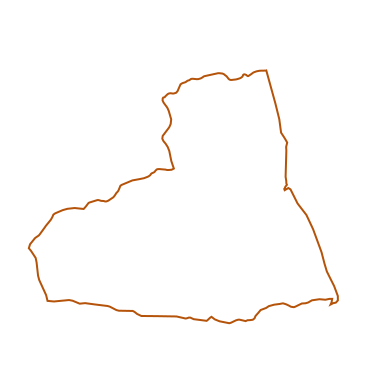 SVG path tracing the border of Zaire, rotated 186°
{"feature_id": "AGO-1882", "entity_name": "Zaire", "entity_type": "Province", "adm_level": 1, "iso_a3": "AGO", "parent_name": "Angola", "parent_adm1": "", "projection": "robinson", "projection_center": [13.603, -6.817], "detail": "fine", "context": "isolated", "style": "outline", "palette": "amber", "viewbox_px": 384, "rotation_deg": 186, "n_neighbors": 0, "source": "natural_earth", "source_scale": "10m", "svg_char_len": 3104}
<svg xmlns="http://www.w3.org/2000/svg" viewBox="0 0 384 384"><g transform="rotate(186 192 192)"><path d="M229.4,63.4L233.9,65.0L236.7,66.8L238.5,67.5L252.3,66.3L254.9,66.7L261.8,69.4L264.1,69.8L276.2,70.0L286.7,70.3L292.0,69.2L299.4,71.4L303.0,71.7L317.8,68.7L324.3,68.6L326.3,74.2L334.8,88.6L336.4,92.9L339.2,105.7L340.6,110.1L346.1,116.8L348.4,119.0L347.6,123.1L343.4,129.6L342.7,130.3L340.0,132.6L339.4,133.3L334.4,141.9L334.1,142.6L329.4,149.8L328.2,152.7L327.5,155.0L325.8,156.5L318.6,160.5L314.0,162.3L307.0,163.8L298.0,163.8L296.3,166.1L293.8,170.2L293.3,170.6L292.7,170.9L285.2,174.1L284.3,174.2L283.5,174.1L281.5,173.7L280.8,173.7L279.4,173.8L278.7,173.8L277.4,173.5L276.8,173.6L276.1,173.7L275.5,174.0L274.4,174.6L269.7,178.5L268.4,180.5L267.7,181.9L267.4,182.6L267.1,183.1L266.0,184.5L265.6,185.2L265.1,186.4L263.9,190.6L262.9,191.6L252.5,197.3L246.0,199.2L241.2,200.7L237.3,202.7L235.8,203.9L235.4,204.3L234.5,205.9L234.1,206.3L232.3,207.3L231.6,207.8L231.1,208.4L230.5,209.5L229.2,210.9L228.3,211.2L226.8,211.4L220.6,211.5L219.4,211.3L218.7,211.3L217.7,211.4L214.6,212.0L212.5,213.4L215.8,220.6L218.9,230.5L220.9,234.3L223.4,237.4L225.6,239.5L227.1,241.9L227.0,244.7L221.4,254.0L220.3,257.5L220.3,262.1L223.6,270.2L225.4,273.3L229.5,277.8L230.8,279.9L230.9,281.4L230.9,282.0L230.5,282.9L229.1,283.4L228.4,284.5L226.5,286.7L225.9,287.2L225.1,287.6L223.7,288.0L221.3,287.9L220.6,288.0L218.2,289.0L216.9,290.8L214.7,297.8L213.8,298.6L212.8,299.3L210.0,300.5L209.5,300.9L209.0,301.4L208.1,302.2L206.4,302.9L205.9,303.3L205.5,303.7L205.1,304.1L204.2,304.5L203.1,304.7L199.1,304.7L197.6,304.9L195.2,305.9L194.2,306.6L193.4,307.2L192.6,308.0L191.7,308.5L178.4,312.9L177.0,313.0L174.2,313.0L172.9,312.6L172.0,312.2L171.6,311.8L170.0,310.9L169.5,310.5L167.4,308.3L166.4,307.7L165.5,307.5L164.2,307.6L159.8,308.6L157.1,309.7L155.7,310.4L154.4,311.5L153.9,312.2L153.6,312.8L153.5,313.3L153.3,313.9L152.8,314.3L152.1,314.5L151.0,314.3L150.3,314.1L149.8,313.7L149.1,313.3L148.6,313.1L148.1,313.2L145.1,315.7L144.4,316.4L143.5,317.2L142.4,317.8L140.3,318.8L137.3,319.7L131.7,320.4L131.0,320.5L130.8,320.6L118.3,288.7L112.8,273.5L109.6,260.3L106.4,256.4L104.7,254.2L102.5,251.1L103.1,246.6L102.5,243.1L100.5,216.9L99.4,212.8L99.1,210.7L98.9,210.0L98.6,209.6L98.4,209.1L98.7,208.5L99.5,207.4L99.8,206.8L100.1,205.4L100.5,205.0L100.5,204.5L100.0,203.5L96.6,206.0L94.3,204.9L85.8,191.6L75.8,181.1L67.7,167.7L56.9,145.7L52.7,134.5L49.6,127.1L46.5,122.2L43.7,117.8L40.8,113.3L36.1,103.8L35.6,99.4L37.4,97.0L40.0,96.2L42.4,94.6L41.7,96.7L41.4,100.4L44.0,100.1L48.1,98.8L54.0,98.7L61.4,96.8L65.0,94.2L67.5,93.2L71.1,92.6L77.2,88.8L78.6,88.1L81.5,88.2L83.9,89.2L86.8,90.2L89.9,90.8L93.2,89.8L98.6,88.5L103.7,86.5L106.2,84.4L111.4,81.8L113.6,78.5L115.9,75.3L116.6,72.9L118.2,71.3L121.1,70.6L123.3,70.3L125.2,69.2L127.3,69.5L131.5,70.0L132.8,69.8L134.8,69.0L139.5,66.1L141.2,65.4L141.3,65.4L151.1,66.3L156.0,67.7L159.6,69.9L160.9,68.8L163.3,66.0L164.0,65.4L167.8,65.5L177.1,65.7L180.5,66.9L181.9,66.8L184.1,65.8L185.2,65.5L194.4,66.6L213.6,64.9L229.4,63.4Z" fill="none" stroke="#b45309" stroke-width="2"/></g></svg>